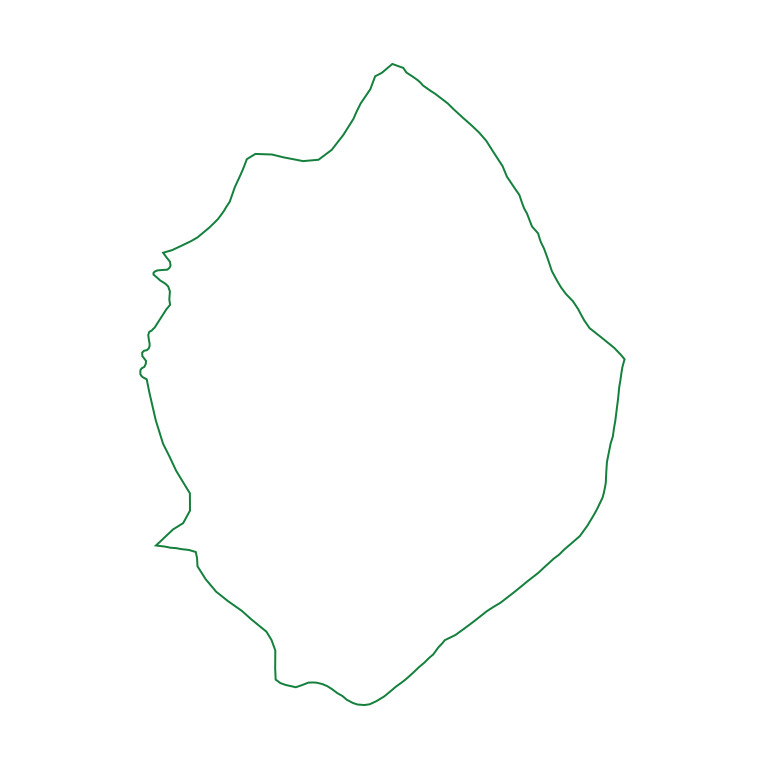 Outhoomphone, Savannakhét, Laos (Mercator projection), rotated 175°
{"feature_id": "54806243B62661811968919", "entity_name": "Outhoomphone", "entity_type": "district", "adm_level": 2, "iso_a3": "LAO", "parent_name": "Laos", "parent_adm1": "Savannakhét", "projection": "mercator", "projection_center": [105.056, 16.753], "detail": "fine", "context": "isolated", "style": "outline", "palette": "green", "viewbox_px": 768, "rotation_deg": 175, "n_neighbors": 0, "source": "geoboundaries", "source_scale": "gbopen_adm2", "svg_char_len": 2910}
<svg xmlns="http://www.w3.org/2000/svg" viewBox="0 0 768 768"><g transform="rotate(175 384 384)"><path d="M625.2,243.0L621.6,242.2L619.6,241.8L616.7,241.2L613.6,240.3L611.0,239.5L609.1,239.2L606.7,238.8L605.3,238.6L602.6,237.8L599.5,237.0L595.8,236.3L592.7,235.6L591.1,235.0L588.6,234.0L586.2,233.1L585.4,227.0L585.7,218.7L578.7,205.1L569.3,191.7L558.7,181.6L545.4,170.4L536.6,161.0L522.7,147.5L518.3,138.6L515.5,128.0L517.2,110.1L517.7,99.0L513.3,95.1L508.3,92.8L498.3,89.6L493.4,90.8L490.4,91.6L485.4,93.1L481.1,92.9L477.0,92.3L471.5,90.4L466.9,88.0L462.2,84.4L457.3,80.0L452.6,76.8L448.6,72.7L442.9,69.0L438.3,67.0L431.4,65.9L426.1,66.2L419.0,68.8L410.9,72.8L401.8,79.1L400.6,80.0L398.6,81.4L392.4,85.1L388.2,87.8L381.2,93.0L373.7,99.0L368.1,102.9L362.8,107.3L358.4,110.4L352.7,117.0L348.4,120.7L345.8,123.5L337.4,126.7L334.6,127.8L324.3,134.0L314.0,140.4L301.4,148.7L294.2,152.5L286.9,156.0L271.7,165.8L258.5,174.8L246.5,182.6L241.3,186.7L230.0,195.3L224.5,198.7L219.0,203.3L213.1,207.5L202.1,215.5L193.6,225.3L186.0,235.8L182.4,241.2L176.1,251.9L174.7,255.9L174.6,256.0L173.0,261.3L171.7,266.1L170.2,277.2L168.7,286.9L163.4,305.0L160.6,311.8L158.6,320.5L156.9,326.7L154.0,340.2L152.2,348.4L149.9,360.6L148.1,367.4L146.8,373.2L145.0,380.2L142.2,387.7L145.6,392.6L151.6,400.0L161.4,409.5L169.8,417.5L174.3,421.7L178.9,429.7L182.5,437.9L184.0,441.6L188.6,450.0L194.9,457.8L199.1,464.6L201.9,470.3L205.0,477.3L207.0,482.1L210.2,495.4L212.8,505.0L215.4,511.7L217.0,518.5L217.0,519.0L217.3,520.5L222.8,528.0L223.3,529.5L224.9,535.1L226.7,541.4L229.1,546.7L230.7,552.4L232.7,560.6L236.4,567.0L243.5,579.9L246.9,590.7L254.9,605.7L260.9,617.3L267.2,626.0L273.8,633.5L282.7,642.9L291.0,652.0L296.1,658.0L304.3,665.5L307.9,668.8L312.1,672.0L319.2,678.0L321.1,680.7L323.8,683.6L327.5,686.8L334.5,692.3L337.3,697.3L339.7,698.3L347.8,702.1L359.0,694.2L366.0,691.3L371.9,678.9L382.8,665.5L387.3,658.2L391.4,650.7L402.7,635.8L415.7,621.8L429.7,613.1L445.3,613.1L445.6,613.2L451.8,615.0L464.2,618.5L475.7,622.4L492.1,624.4L501.1,619.9L503.8,614.2L506.1,609.6L509.6,603.3L515.5,593.0L521.8,579.0L526.1,573.6L528.1,570.7L531.0,567.3L535.0,562.8L543.9,555.4L557.0,546.3L564.1,543.0L583.2,535.9L592.6,534.0L589.5,528.9L586.6,524.5L586.3,520.7L587.6,518.4L589.8,516.8L595.5,516.9L599.9,516.9L602.8,515.9L604.0,514.6L604.0,513.0L601.2,510.2L598.0,506.7L593.3,503.2L590.5,500.0L589.2,494.9L590.5,487.0L590.2,481.5L594.3,477.4L607.7,460.0L609.3,458.9L610.6,457.6L611.6,457.1L613.0,456.6L613.6,455.7L614.6,453.3L614.4,449.2L614.0,444.5L614.2,442.2L615.3,439.9L617.3,438.4L620.2,438.0L622.2,436.3L622.3,432.8L620.8,430.5L619.1,427.8L619.5,425.0L621.2,422.0L624.1,420.7L625.4,419.1L625.7,417.3L625.8,414.8L625.1,413.4L623.5,411.6L620.0,409.4L618.4,395.3L614.5,367.5L609.3,343.7L604.0,330.4L598.7,315.9L594.8,307.9L586.9,292.0L588.3,274.8L596.2,262.9L606.7,257.6L625.2,243.0Z" fill="none" stroke="#15803d" stroke-width="2"/></g></svg>